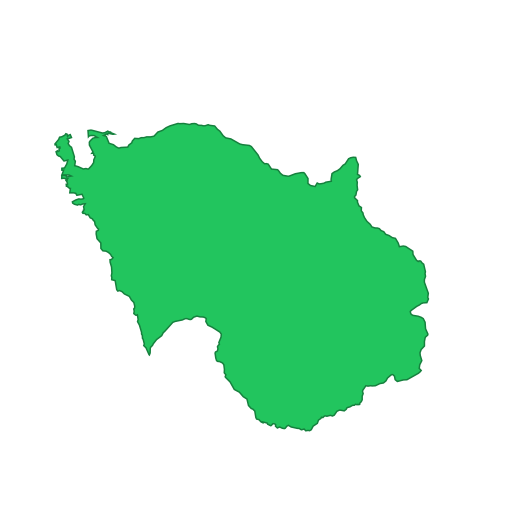 Belis, Cluj, Romania, rotated 249°
{"feature_id": "2599482B26084310177875", "entity_name": "Belis", "entity_type": "district", "adm_level": 2, "iso_a3": "ROU", "parent_name": "Romania", "parent_adm1": "Cluj", "projection": "mercator", "projection_center": [22.964, 46.612], "detail": "fine", "context": "isolated", "style": "filled", "palette": "green", "viewbox_px": 512, "rotation_deg": 249, "n_neighbors": 0, "source": "geoboundaries", "source_scale": "gbopen_adm2", "svg_char_len": 6087}
<svg xmlns="http://www.w3.org/2000/svg" viewBox="0 0 512 512"><g transform="rotate(249 256 256)"><path d="M180.5,408.5L188.2,409.6L190.3,408.4L192.1,408.0L192.7,407.3L193.0,406.1L192.6,405.9L192.9,405.3L194.6,404.3L201.1,403.1L204.3,404.1L211.2,399.2L212.5,397.1L213.3,393.2L217.1,393.4L222.5,392.5L224.3,389.8L227.5,387.5L229.8,384.8L232.9,384.0L234.9,381.9L237.4,380.9L238.7,379.2L239.5,377.2L241.6,374.6L244.6,374.0L248.5,372.0L253.0,371.0L256.5,370.9L257.7,371.3L260.5,370.5L263.5,371.8L265.9,370.1L269.9,370.0L271.4,370.6L275.0,368.9L276.3,369.4L277.1,371.1L280.3,373.0L281.4,374.6L285.8,375.7L288.6,377.0L291.1,377.2L292.0,378.5L292.7,381.8L294.1,381.6L295.8,380.0L304.9,384.3L308.8,384.0L312.3,384.4L313.3,382.3L313.8,379.6L313.6,377.3L310.0,372.3L309.5,369.7L307.3,365.6L306.5,362.6L306.4,359.2L305.7,356.5L300.7,353.6L298.8,353.1L299.9,347.6L299.6,345.6L300.2,342.4L300.7,340.7L302.2,339.3L299.7,336.1L302.3,332.1L305.1,330.5L309.7,332.3L315.5,331.1L316.7,330.5L317.6,328.1L318.7,322.2L318.7,315.4L319.1,314.3L321.7,310.0L324.5,308.4L328.0,307.5L329.0,306.8L331.6,301.6L337.4,300.3L338.5,298.8L339.0,297.1L341.7,295.6L346.0,294.4L349.6,294.1L359.8,290.9L361.6,289.4L364.7,283.4L366.4,281.0L374.3,274.5L377.2,270.0L380.1,268.4L385.5,267.0L388.1,265.4L392.2,264.0L394.6,259.6L395.7,258.4L395.8,255.1L396.5,253.3L397.5,252.0L398.6,249.2L400.8,247.5L401.7,246.1L402.5,243.5L402.6,241.0L405.6,236.0L406.9,232.1L407.7,230.7L408.3,222.5L408.0,218.1L406.8,213.6L406.9,208.8L404.4,203.7L405.0,200.2L406.4,196.6L406.6,193.9L407.6,191.3L407.6,188.6L409.3,184.9L407.6,181.7L406.2,180.6L405.2,177.1L403.6,175.3L405.7,168.8L405.8,166.6L407.8,164.7L411.0,162.8L413.9,159.2L421.0,159.1L421.9,158.6L423.1,156.9L423.5,160.2L422.5,161.1L423.4,161.5L423.4,162.2L420.9,166.1L420.6,167.4L423.1,164.7L423.8,164.7L424.7,163.1L425.7,162.4L425.3,159.1L425.8,156.8L431.9,148.3L432.7,147.0L433.3,144.1L427.4,142.3L427.8,143.0L427.7,145.0L426.5,148.0L423.5,150.4L424.2,148.3L424.4,145.9L423.0,142.6L422.0,141.2L419.2,140.2L411.6,141.1L410.7,139.6L410.3,140.9L409.7,141.2L408.4,140.6L407.1,141.6L406.4,141.5L404.0,139.1L401.4,137.9L399.3,135.0L397.3,130.9L397.4,130.2L398.6,128.6L399.1,126.0L403.2,121.9L405.3,119.1L409.2,121.3L411.6,120.8L413.6,122.0L423.6,122.7L425.8,121.4L428.3,120.9L430.0,122.5L432.9,121.7L432.7,126.2L435.9,126.1L435.9,124.1L435.2,122.9L437.4,123.3L438.3,122.3L437.3,120.8L436.9,117.4L437.3,115.2L435.5,113.5L432.6,108.4L431.7,108.3L431.6,109.4L428.5,109.2L428.2,111.9L427.0,111.8L426.7,110.5L424.7,110.0L424.8,109.0L424.5,108.5L425.4,108.3L425.0,106.7L421.9,106.5L420.1,107.5L419.0,108.9L413.5,110.8L413.0,114.7L409.7,112.3L406.8,108.8L407.5,106.2L405.7,105.5L405.1,107.2L401.2,103.8L398.7,110.4L396.8,112.3L397.6,107.4L399.3,107.6L401.0,103.7L398.0,102.4L397.4,104.6L395.9,106.6L395.6,107.8L395.4,107.5L395.8,106.2L394.8,105.7L394.6,106.9L393.9,106.6L393.9,106.0L391.7,106.1L390.5,105.7L390.9,104.5L389.0,104.0L388.7,105.1L388.0,105.0L385.6,106.4L385.5,106.9L381.7,104.8L380.3,108.4L379.1,110.2L376.9,110.5L376.0,115.7L371.7,116.0L371.3,115.0L371.8,112.9L372.8,111.0L372.9,107.9L372.4,104.0L371.1,103.8L369.4,105.0L367.5,107.6L367.7,108.9L366.6,110.7L366.7,112.7L366.0,115.3L363.9,112.7L360.7,112.2L360.6,111.2L359.5,110.8L359.4,109.9L358.9,109.5L357.9,109.7L357.0,111.6L355.3,112.2L354.7,114.3L351.1,114.9L349.3,116.6L347.4,116.9L346.2,117.7L342.8,117.0L338.7,118.0L337.7,118.6L336.5,118.0L336.3,115.8L333.9,114.7L329.1,113.8L323.8,115.8L318.6,113.9L315.7,114.9L314.3,117.7L312.2,119.5L309.7,120.8L307.5,121.1L305.7,122.0L304.5,119.8L304.9,118.4L302.5,117.6L297.5,117.2L291.8,115.4L289.3,113.8L287.9,113.8L285.6,112.8L283.5,115.7L274.5,113.9L273.2,114.3L272.8,114.4L272.6,116.3L270.7,118.2L267.8,119.5L263.7,123.3L259.6,123.9L256.4,125.3L252.5,124.8L250.7,123.8L250.4,122.9L248.1,122.5L246.0,121.3L243.9,122.5L243.6,122.9L243.6,124.2L238.9,123.2L237.2,121.9L233.3,122.4L225.7,121.8L224.2,121.2L222.5,121.4L219.8,120.5L218.6,120.8L213.9,120.2L212.6,119.1L209.7,120.4L202.2,120.8L201.8,121.0L203.4,122.4L207.7,124.2L208.6,125.0L209.6,127.3L210.9,128.7L213.6,133.2L215.4,139.4L217.7,142.0L218.2,143.5L223.9,154.6L223.9,157.1L222.7,164.4L222.9,167.3L222.3,169.1L220.7,171.0L220.1,172.3L220.1,173.2L221.2,175.8L221.1,179.3L219.3,181.8L217.9,185.0L216.4,186.6L215.4,187.1L212.8,185.7L208.6,186.3L205.2,189.6L197.9,195.0L195.5,195.6L192.8,194.3L188.5,190.3L186.7,190.2L186.1,188.7L185.1,187.5L182.9,187.2L181.5,186.1L181.0,185.5L180.9,183.8L180.0,183.0L175.3,181.9L172.4,181.7L171.3,182.5L170.4,184.3L168.1,186.4L166.0,187.0L161.5,185.9L158.3,184.5L155.9,185.3L154.4,184.0L153.8,184.0L147.6,186.7L139.2,187.9L134.8,191.7L129.2,193.7L125.7,196.3L119.1,195.4L115.3,196.9L114.3,198.1L111.7,199.3L105.4,198.0L103.6,198.1L102.2,200.1L99.4,201.2L98.0,202.5L98.8,202.6L96.1,206.5L94.8,206.6L92.3,208.9L92.3,209.6L93.4,211.6L92.6,213.3L91.4,213.9L90.2,213.2L87.8,214.3L87.9,216.8L85.8,218.8L84.7,220.6L84.7,221.5L86.1,223.9L86.3,225.6L83.8,227.5L80.3,232.8L79.4,234.7L78.2,235.4L77.4,236.3L77.2,238.9L75.0,239.8L74.5,242.2L73.7,243.4L74.0,245.3L76.7,248.4L77.8,253.3L80.4,255.5L81.1,258.4L82.0,259.3L81.2,260.5L82.0,262.4L82.0,263.2L81.0,264.8L80.6,268.3L79.2,270.1L79.4,272.1L82.0,275.8L82.2,278.2L82.1,279.1L79.8,282.9L80.5,285.2L81.8,286.7L81.5,289.7L82.0,292.7L81.4,294.3L81.9,295.8L80.9,297.1L81.0,297.9L80.4,298.6L80.3,299.6L81.3,300.0L82.3,302.1L83.7,303.6L87.1,304.9L89.1,306.7L91.4,306.9L92.4,307.6L95.5,312.1L94.4,313.9L93.8,316.6L93.1,317.8L92.1,321.0L92.5,325.9L91.8,329.5L92.8,332.5L95.0,335.1L96.5,339.4L96.6,340.5L96.0,341.4L94.2,342.2L90.7,341.6L88.2,343.0L87.5,349.2L86.4,352.6L88.3,365.6L89.1,367.8L89.9,369.2L92.6,368.1L95.8,369.9L98.9,373.3L104.3,373.7L106.9,374.4L109.5,376.7L111.6,381.0L115.8,382.6L118.9,384.5L119.6,385.2L120.6,387.9L121.5,388.5L127.3,388.2L133.6,390.1L137.6,389.7L139.5,388.3L141.6,385.9L144.5,381.0L146.5,379.8L148.9,380.1L149.6,381.5L151.4,388.1L151.7,390.9L152.4,393.4L152.3,395.3L151.2,398.8L154.1,401.6L155.8,401.5L159.4,403.5L171.2,403.8L173.7,404.8L176.3,407.0L179.0,407.5L180.5,408.5Z" fill="#22c55e" stroke="#15803d" stroke-width="1.5"/></g></svg>